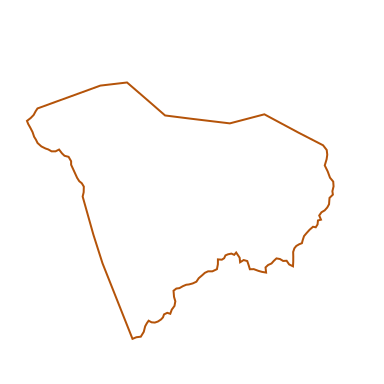 outline of Várzea da Roça, Bahia, Brazil, rotated 165°
{"feature_id": "56859067B94588370221306", "entity_name": "Várzea da Roça", "entity_type": "district", "adm_level": 2, "iso_a3": "BRA", "parent_name": "Brazil", "parent_adm1": "Bahia", "projection": "equal_earth", "projection_center": [-40.077, -11.596], "detail": "fine", "context": "isolated", "style": "outline", "palette": "amber", "viewbox_px": 384, "rotation_deg": 165, "n_neighbors": 0, "source": "geoboundaries", "source_scale": "gbopen_adm2", "svg_char_len": 1731}
<svg xmlns="http://www.w3.org/2000/svg" viewBox="0 0 384 384"><g transform="rotate(165 192 192)"><path d="M287.5,65.6L283.3,66.1L278.9,65.5L274.8,69.4L272.0,74.4L269.5,77.0L267.2,78.9L264.8,76.6L261.7,75.5L258.5,75.7L254.9,76.9L252.5,78.4L250.7,81.0L247.2,81.7L244.5,80.0L242.0,83.6L238.4,86.5L236.4,90.7L236.5,95.4L235.4,101.4L232.1,102.8L229.0,102.4L225.2,103.4L221.6,103.9L218.9,103.5L215.0,103.5L211.0,104.2L207.8,107.0L203.6,109.0L200.5,110.6L197.1,111.2L192.9,110.1L187.9,111.0L185.7,115.5L184.4,120.2L180.7,118.9L178.1,119.7L176.1,122.1L173.4,122.5L169.9,122.3L167.5,120.4L165.0,122.1L163.0,116.2L163.7,111.7L159.7,112.9L156.5,111.0L156.2,106.4L156.1,102.4L152.3,101.5L148.2,98.6L145.0,96.7L141.3,95.0L140.5,100.1L137.4,101.8L133.7,102.4L130.8,104.3L127.6,106.0L124.4,104.5L121.8,101.8L118.4,101.1L116.9,96.9L113.7,94.1L112.3,98.3L110.9,103.4L109.8,107.9L107.7,111.1L105.2,112.9L101.9,113.8L99.1,114.1L97.5,116.9L95.2,120.4L92.2,122.5L88.2,125.1L84.1,127.1L81.6,125.9L79.1,128.2L77.7,131.9L74.6,131.9L75.2,136.4L72.2,138.9L68.6,139.9L65.4,142.0L62.8,144.7L60.7,150.7L56.6,153.0L56.2,156.4L53.8,160.8L52.9,165.5L55.0,170.1L55.6,176.7L56.9,183.3L53.5,188.8L51.7,193.0L51.0,197.7L53.3,203.2L73.8,221.8L93.6,240.4L102.0,248.3L137.7,248.5L174.4,263.2L198.2,272.9L209.9,290.3L226.4,314.6L253.0,318.5L319.6,312.7L322.2,310.4L325.0,307.4L328.7,305.2L333.0,303.4L332.6,300.0L331.6,296.2L330.5,291.1L330.2,286.2L329.2,282.9L328.5,279.3L325.7,275.0L322.2,271.9L319.8,270.3L317.1,267.6L313.3,266.6L309.4,267.4L307.6,263.0L305.8,260.0L302.1,257.9L300.8,253.0L301.7,249.6L299.3,235.4L298.1,231.6L296.2,229.0L295.1,225.2L296.7,219.8L298.8,215.9L298.3,176.3L296.9,146.3L287.5,65.6Z" fill="none" stroke="#b45309" stroke-width="2"/></g></svg>